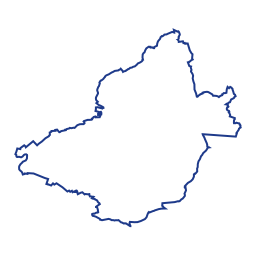 Dumbravita, Maramures, Romania (Natural Earth projection)
{"feature_id": "2599482B34129756727507", "entity_name": "Dumbravita", "entity_type": "district", "adm_level": 2, "iso_a3": "ROU", "parent_name": "Romania", "parent_adm1": "Maramures", "projection": "natural_earth1", "projection_center": [23.656, 47.6], "detail": "fine", "context": "isolated", "style": "outline", "palette": "blue", "viewbox_px": 256, "rotation_deg": 0, "n_neighbors": 0, "source": "geoboundaries", "source_scale": "gbopen_adm2", "svg_char_len": 5724}
<svg xmlns="http://www.w3.org/2000/svg" viewBox="0 0 256 256"><path d="M209.1,147.4L208.8,147.2L207.7,147.2L207.3,146.7L207.2,144.8L206.8,143.3L204.9,139.0L204.4,137.6L202.8,134.7L202.7,134.2L235.8,136.6L236.6,134.1L236.4,133.3L236.9,133.1L236.9,132.4L238.8,129.6L239.0,128.6L239.8,128.1L240.0,127.6L240.6,127.4L240.4,126.8L240.5,125.7L240.3,125.5L240.2,124.9L239.7,124.7L239.5,123.6L239.2,123.3L238.4,123.3L236.3,122.7L235.6,123.2L234.0,123.2L233.9,122.6L234.0,120.4L234.4,119.4L234.7,119.3L234.8,118.1L229.8,116.4L230.2,115.1L229.5,113.4L228.8,112.4L229.3,112.0L229.3,111.5L229.0,110.9L227.7,110.4L226.9,109.6L226.8,108.5L227.1,107.6L227.3,107.3L227.8,107.3L228.4,106.7L227.6,105.6L227.6,105.2L227.8,105.0L227.1,104.4L226.0,104.3L226.6,103.8L228.0,103.4L228.7,102.6L230.0,102.2L231.1,99.5L233.5,98.3L234.1,97.8L234.4,97.0L235.6,96.2L235.0,94.7L233.9,93.9L233.2,91.4L232.6,89.8L232.6,89.0L231.7,88.2L231.6,87.7L230.2,86.9L229.0,88.2L227.6,86.9L226.8,89.2L226.4,92.8L225.3,93.1L223.7,93.1L222.7,94.2L222.2,94.3L222.2,95.2L220.3,95.9L218.9,97.1L217.8,96.3L216.3,95.9L214.1,95.7L213.1,95.8L212.3,94.4L208.4,92.1L207.0,91.8L203.9,92.2L203.6,92.7L202.5,92.7L202.2,93.2L202.6,93.3L202.6,93.5L201.3,94.0L200.9,94.0L200.5,94.4L200.1,94.4L199.9,94.7L198.5,95.6L197.8,96.5L197.1,96.8L196.8,96.6L196.1,93.5L194.5,89.5L194.4,84.2L193.4,81.4L192.7,78.4L193.1,75.8L193.0,75.3L192.4,73.7L191.0,71.6L191.1,70.7L191.5,70.0L190.8,67.6L190.8,66.9L191.0,66.5L189.3,66.0L187.9,62.3L189.2,62.0L189.3,61.7L190.1,61.3L191.3,60.2L192.7,59.5L192.1,58.5L192.5,54.2L191.5,53.3L189.8,50.4L187.7,43.5L185.8,43.7L185.8,43.4L184.7,43.5L184.6,42.9L183.4,43.0L182.9,41.3L178.8,41.9L178.8,41.4L178.3,40.2L178.1,40.0L178.3,40.0L178.2,39.5L178.8,38.0L178.6,37.6L178.6,37.0L178.8,36.9L179.2,35.7L179.7,35.0L179.8,34.3L179.0,32.1L178.7,31.7L178.2,31.7L178.0,31.3L177.3,31.6L176.5,31.1L173.9,29.9L174.3,31.6L174.3,32.6L172.2,31.9L167.5,33.9L166.6,34.4L164.4,34.6L163.7,35.4L162.4,36.3L161.8,36.1L160.6,37.2L160.1,38.8L158.3,40.9L157.8,41.8L157.2,43.7L157.0,45.7L154.2,47.1L154.1,47.4L154.1,48.1L153.3,48.1L152.4,47.4L150.6,47.6L150.2,47.4L150.3,46.8L148.7,46.7L146.3,48.4L145.2,50.4L144.5,52.4L143.6,53.0L142.7,54.4L142.5,57.5L143.0,59.7L142.4,59.8L142.3,60.8L141.6,61.5L139.8,62.6L137.9,63.4L136.8,64.7L134.8,66.4L133.1,66.8L131.8,67.6L130.2,67.8L129.1,68.8L127.7,69.3L127.5,69.7L126.2,70.3L126.0,70.7L125.5,71.0L123.8,71.4L123.0,71.9L122.5,70.8L120.7,68.7L120.0,69.5L118.9,69.9L118.4,70.4L114.8,70.9L112.5,72.2L111.8,72.4L108.7,74.4L107.1,75.0L106.1,75.5L105.3,76.2L104.9,76.7L104.9,77.1L103.9,78.1L103.4,78.9L101.3,80.5L100.8,80.5L100.2,81.2L99.5,82.4L99.4,82.7L99.8,83.4L98.9,86.2L98.3,86.9L97.3,89.4L97.2,90.5L98.0,92.7L98.0,93.5L96.0,97.4L95.9,98.4L96.0,99.4L96.4,100.4L97.8,101.8L96.4,103.1L99.0,105.2L100.3,105.6L102.9,107.0L103.4,107.4L103.4,107.9L102.6,107.8L102.3,108.5L97.5,107.2L95.9,107.4L95.9,109.2L95.5,111.0L98.4,111.8L98.6,112.4L100.9,111.8L101.1,112.1L101.4,113.0L101.3,114.1L99.9,113.8L98.1,113.9L98.1,115.0L99.4,114.9L100.6,115.2L99.7,117.2L95.9,117.3L95.9,116.8L95.5,116.8L95.3,116.5L93.6,117.0L93.4,117.6L91.9,118.6L92.1,119.4L91.2,119.8L87.5,119.9L83.9,121.1L83.6,121.5L84.3,122.3L84.5,123.3L83.6,124.1L79.9,124.2L77.3,125.2L74.6,127.9L73.6,127.7L71.3,128.2L69.8,127.9L69.3,128.4L66.6,129.1L66.0,129.6L65.4,129.7L65.6,130.2L61.2,131.1L60.2,131.9L59.5,132.2L59.3,132.2L58.3,131.1L57.1,129.6L55.3,129.9L55.5,130.8L51.5,131.0L51.5,131.6L51.3,131.8L49.7,132.5L49.9,134.9L49.1,135.6L48.9,136.2L45.5,138.2L41.9,141.5L38.7,143.8L37.1,145.3L33.2,141.2L25.8,147.3L25.4,146.3L24.2,145.3L20.5,148.0L20.3,149.1L17.3,148.5L16.4,151.6L15.4,154.2L16.3,154.9L16.4,156.2L16.7,156.8L17.2,157.0L19.1,156.8L21.1,157.3L22.5,156.6L23.9,155.0L24.7,154.5L26.1,154.3L27.0,154.9L27.1,155.7L26.9,158.6L25.8,160.4L22.7,161.8L22.4,162.4L20.4,164.3L19.2,166.3L19.1,167.5L19.2,169.3L19.9,170.3L21.6,171.7L22.3,172.9L22.8,174.5L24.6,174.0L24.7,173.5L27.5,173.9L27.6,173.1L33.6,173.5L44.8,178.0L48.1,179.0L46.4,184.0L48.0,184.5L48.1,184.3L51.1,185.5L53.0,183.4L54.3,184.6L56.5,183.3L62.5,187.3L67.4,191.5L69.1,190.6L70.2,191.8L71.9,190.8L72.6,192.2L74.2,191.4L74.5,192.0L75.4,192.0L75.3,191.5L75.6,191.5L75.9,190.7L76.2,190.5L76.8,190.7L77.1,191.2L77.5,192.5L77.3,192.6L77.8,194.2L80.8,192.7L82.4,192.3L84.6,194.4L85.3,194.0L88.0,194.3L89.3,194.1L89.5,195.6L90.0,196.5L90.8,196.4L92.2,196.7L92.2,197.2L92.4,197.2L93.1,196.7L93.5,196.8L92.0,198.3L93.2,198.8L94.7,198.9L95.1,199.5L96.8,200.2L97.3,200.7L97.6,201.6L98.7,202.8L99.3,203.1L99.8,204.1L96.0,206.8L96.0,207.0L96.9,207.1L97.2,207.6L97.8,209.5L98.2,212.3L97.7,212.6L96.4,212.6L94.4,213.7L93.2,213.6L92.1,214.1L92.2,215.0L92.7,215.8L94.1,216.1L95.9,216.7L99.9,218.9L100.2,219.8L100.9,219.8L102.0,220.2L108.6,218.9L110.5,219.4L111.5,220.1L113.8,220.2L114.5,220.5L115.8,220.2L117.6,220.3L118.5,220.1L121.0,222.3L121.9,222.5L123.8,223.5L124.4,223.3L125.1,223.5L125.8,223.3L130.1,226.1L130.4,226.1L130.4,225.7L129.9,224.8L129.6,223.8L129.6,222.9L129.9,221.9L134.5,222.2L137.5,222.1L140.9,221.0L144.9,219.1L146.5,217.3L147.6,214.2L148.4,212.5L148.9,212.0L149.5,212.5L152.9,211.1L153.9,210.9L154.8,210.4L158.8,209.1L161.7,208.6L165.2,208.5L163.4,207.2L163.1,206.5L162.2,205.8L162.4,203.2L174.7,202.1L178.1,201.2L178.4,201.4L179.6,201.2L181.3,199.4L182.7,198.6L184.8,196.0L184.9,194.9L184.5,193.7L186.0,190.4L185.7,188.5L185.2,188.0L185.4,187.9L185.6,187.0L185.4,186.7L184.8,186.6L184.8,186.2L187.9,182.9L190.8,181.2L192.7,179.3L193.9,176.7L193.9,174.4L194.1,174.2L194.2,174.5L194.4,174.0L195.1,173.9L195.7,173.3L197.2,171.5L197.1,168.6L197.7,167.1L197.8,164.1L198.5,161.3L199.9,159.2L201.0,156.3L202.3,154.8L203.1,153.2L206.1,150.5L207.7,147.9L208.3,147.5L209.1,147.4Z" fill="none" stroke="#1e3a8a" stroke-width="2"/></svg>